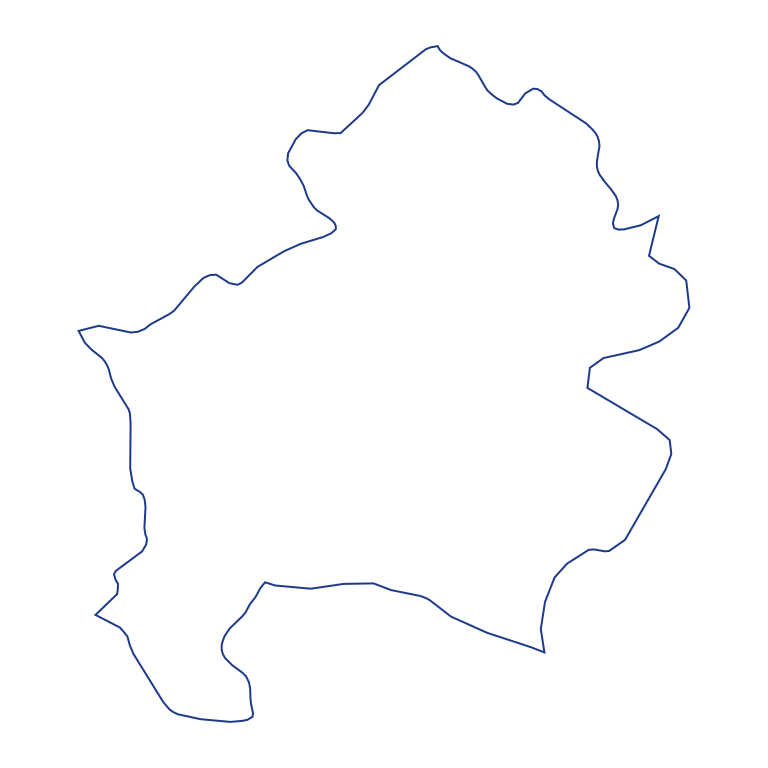 an SVG outline of Isernia
{"feature_id": "ITA-5402", "entity_name": "Isernia", "entity_type": "Province", "adm_level": 1, "iso_a3": "ITA", "parent_name": "Italy", "parent_adm1": "", "projection": "robinson", "projection_center": [14.21, 41.647], "detail": "fine", "context": "isolated", "style": "outline", "palette": "blue", "viewbox_px": 768, "rotation_deg": 0, "n_neighbors": 0, "source": "natural_earth", "source_scale": "10m", "svg_char_len": 2438}
<svg xmlns="http://www.w3.org/2000/svg" viewBox="0 0 768 768"><path d="M658.7,216.1L649.0,255.8L659.1,263.6L674.5,269.1L686.2,280.5L689.4,307.9L678.2,327.8L659.3,341.5L639.4,350.1L603.6,358.0L589.9,367.8L587.4,387.9L657.2,429.2L669.7,440.1L671.3,454.0L665.8,469.1L625.0,539.9L609.1,551.0L604.6,551.3L593.9,549.4L588.6,549.9L567.1,563.6L554.6,577.4L545.0,601.9L540.8,629.1L544.4,652.4L530.9,647.2L487.1,632.8L451.0,616.6L429.8,600.2L425.7,598.0L420.4,596.0L391.2,590.1L373.5,583.4L343.7,583.9L310.8,588.7L275.2,585.5L265.1,582.3L260.5,587.9L255.4,597.2L249.9,604.2L245.5,612.5L242.6,616.0L229.8,628.4L224.7,635.9L222.9,640.4L221.7,644.9L221.7,649.8L222.9,654.1L225.0,658.0L232.1,665.1L242.1,672.5L246.1,676.4L249.1,682.7L250.2,689.3L250.4,697.8L251.0,703.7L253.0,713.1L252.5,716.8L247.5,719.8L242.1,720.9L230.3,721.9L200.7,719.2L178.0,714.3L173.5,712.2L169.7,709.6L163.4,702.3L133.5,654.0L129.9,645.5L127.4,636.5L123.4,631.4L119.8,627.5L95.5,614.9L117.0,594.2L117.8,589.6L118.0,583.8L115.5,579.6L114.0,574.3L115.8,570.9L142.2,551.3L146.2,544.4L147.0,538.8L145.4,534.5L144.4,528.1L145.5,507.0L144.7,499.8L142.8,494.6L139.8,491.9L134.5,488.6L132.2,480.8L130.2,468.2L130.6,423.2L129.9,413.4L128.5,409.1L114.6,386.8L111.1,378.5L108.8,369.3L107.0,365.2L104.7,361.3L102.0,358.0L91.5,349.6L84.9,342.8L78.6,330.9L98.8,325.8L130.7,332.5L137.8,331.8L144.7,328.9L150.7,324.2L169.0,314.3L174.0,310.8L194.4,286.5L203.6,277.8L210.2,275.0L216.2,274.7L229.5,283.2L237.5,284.8L241.8,282.7L257.5,266.9L284.1,251.2L300.7,243.8L323.1,237.0L331.4,233.2L335.8,229.2L335.8,226.3L334.7,223.4L332.2,220.7L328.9,217.9L317.0,210.4L313.9,207.3L308.9,199.9L307.0,195.9L303.7,185.9L300.1,179.1L296.0,173.1L289.1,165.6L287.4,160.4L288.1,153.3L295.7,139.3L301.4,133.3L307.6,130.2L333.5,133.2L340.6,133.1L362.0,113.4L364.9,109.9L368.6,104.9L379.0,85.2L380.8,83.8L381.0,83.6L425.9,49.2L430.8,47.3L437.7,46.1L439.4,49.3L441.2,51.4L443.5,53.4L450.3,58.2L468.9,66.3L472.7,68.8L476.0,71.8L478.5,75.3L485.2,87.1L487.6,90.6L491.8,94.5L497.2,98.6L507.1,103.8L513.4,104.6L518.0,102.9L525.2,93.5L533.0,88.7L537.6,89.1L541.5,91.4L544.6,95.4L549.1,99.2L586.1,123.4L592.5,129.5L595.3,132.8L597.5,136.5L598.9,140.8L599.5,145.7L596.9,161.3L596.9,166.6L597.9,171.1L599.9,175.2L605.2,182.4L610.8,189.0L615.9,196.2L617.5,200.4L618.2,204.8L617.4,209.5L613.9,218.7L612.9,223.1L614.1,228.0L618.2,229.6L623.9,229.4L640.7,225.3L658.7,216.1Z" fill="none" stroke="#1e3a8a" stroke-width="2"/></svg>